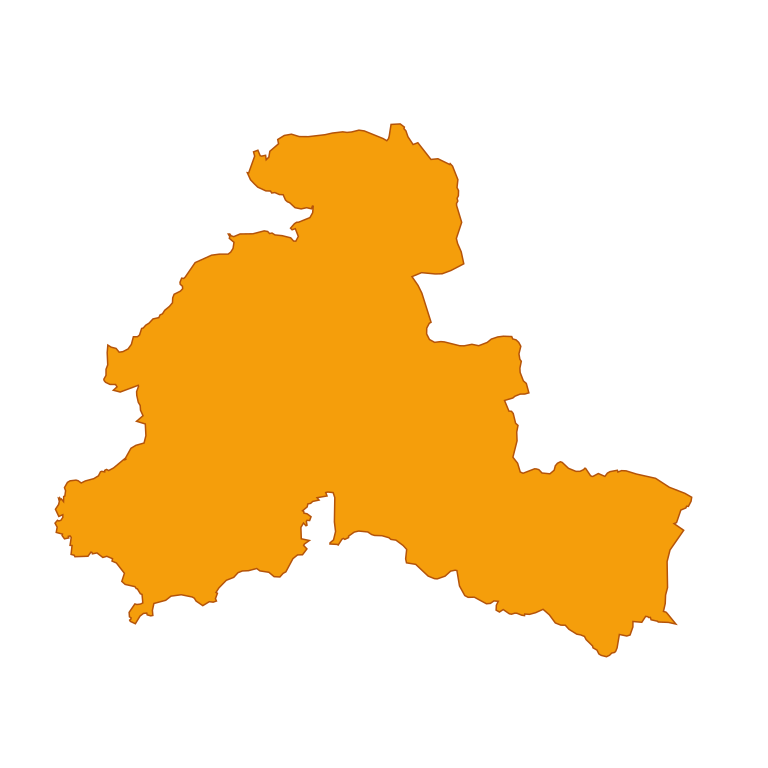 Nuseni, Bistrita-Nasaud, Romania, rotated 275°
{"feature_id": "2599482B99213724213185", "entity_name": "Nuseni", "entity_type": "district", "adm_level": 2, "iso_a3": "ROU", "parent_name": "Romania", "parent_adm1": "Bistrita-Nasaud", "projection": "orthographic", "projection_center": [24.151, 47.079], "detail": "fine", "context": "isolated", "style": "filled", "palette": "amber", "viewbox_px": 768, "rotation_deg": 275, "n_neighbors": 0, "source": "geoboundaries", "source_scale": "gbopen_adm2", "svg_char_len": 6131}
<svg xmlns="http://www.w3.org/2000/svg" viewBox="0 0 768 768"><g transform="rotate(275 384 384)"><path d="M442.4,507.1L442.0,498.8L440.8,493.2L438.1,487.0L434.4,483.2L430.4,475.0L431.2,468.1L429.0,460.5L428.7,456.1L431.2,440.4L431.2,436.9L429.9,430.8L432.3,425.4L437.6,422.1L443.4,421.7L448.4,423.8L449.6,425.5L477.8,413.8L485.2,409.3L493.4,402.5L498.2,411.7L498.1,425.5L498.9,432.4L502.9,440.8L510.7,453.0L522.4,449.4L530.3,445.1L535.3,443.4L551.8,447.3L568.0,440.8L570.2,440.5L572.7,441.6L575.3,440.6L578.0,441.7L583.1,441.4L586.1,439.6L594.0,439.8L607.0,433.3L609.3,430.7L608.4,430.3L613.1,418.1L611.8,411.2L627.3,396.7L625.1,392.1L632.4,386.3L638.2,383.7L640.1,381.6L641.7,381.9L644.5,377.5L643.2,368.4L631.5,367.6L628.8,367.1L626.6,365.6L628.4,361.8L634.4,342.3L634.7,336.9L632.2,329.6L631.4,325.2L631.6,320.9L629.5,310.7L627.2,303.5L623.8,287.1L623.1,278.0L624.8,270.0L622.9,263.0L618.3,256.8L614.1,258.0L605.9,250.0L600.0,249.5L597.1,247.1L601.5,246.1L600.3,242.1L600.7,240.7L605.9,238.0L603.9,233.8L599.7,235.3L582.5,230.8L582.6,229.4L575.8,233.2L572.0,237.5L569.1,241.1L566.1,249.4L566.3,254.1L564.5,255.5L565.2,258.6L563.6,263.3L563.8,267.0L558.7,269.8L557.1,271.9L556.4,274.2L551.9,280.0L551.2,286.2L552.9,291.6L552.2,296.4L555.0,297.2L554.9,298.0L548.4,298.0L543.3,295.7L537.7,284.7L537.5,282.9L535.9,280.8L531.1,277.3L529.6,279.0L531.0,282.1L523.5,285.8L518.6,283.7L518.5,281.5L521.5,278.3L522.9,269.6L523.0,262.4L524.6,259.3L523.9,256.9L525.8,254.8L526.1,251.3L522.2,240.3L520.9,227.5L517.7,221.5L518.3,218.8L520.0,217.3L519.8,215.8L517.4,217.5L515.6,217.2L512.1,222.2L505.9,221.8L502.0,219.8L499.8,217.4L499.0,208.6L497.3,201.0L488.5,185.3L473.1,176.6L471.7,175.3L471.8,173.2L467.6,171.9L465.6,172.3L463.8,174.7L461.3,175.1L458.7,173.0L455.1,167.1L451.4,166.0L446.5,166.2L442.6,163.5L438.3,159.1L434.6,157.2L433.3,154.9L430.5,153.9L428.7,148.2L424.1,144.6L421.8,141.5L418.8,139.3L418.2,137.7L411.5,136.2L409.6,134.3L409.2,130.2L401.5,128.9L396.6,126.0L393.5,121.1L392.6,117.4L396.1,114.0L396.9,109.0L398.7,105.5L391.2,105.5L379.0,107.1L374.5,105.8L368.3,106.3L364.4,104.5L363.0,104.9L361.4,106.5L359.7,111.0L360.1,116.6L357.9,118.3L354.2,114.9L353.0,121.9L361.3,139.3L360.3,139.7L354.8,138.2L351.1,138.7L344.4,140.8L341.3,143.0L336.7,143.7L331.4,146.7L325.3,140.7L323.4,149.7L311.8,151.3L304.3,150.1L301.3,142.2L297.9,137.5L287.6,132.9L286.5,133.4L285.9,132.4L286.8,132.0L276.8,121.9L273.8,117.3L274.7,115.0L273.6,113.3L272.1,113.4L272.4,110.4L271.8,109.2L267.6,107.5L264.4,103.1L261.4,94.9L259.0,91.0L261.0,87.7L261.4,85.6L260.2,79.7L258.4,77.2L252.9,74.7L249.9,76.1L244.6,75.8L244.0,74.7L238.9,75.0L241.4,72.5L240.6,71.8L242.4,70.8L241.6,70.4L241.9,69.7L238.7,70.8L235.5,70.3L230.6,67.6L223.7,71.6L225.8,75.4L223.2,75.7L220.1,74.0L219.2,72.0L219.8,70.6L216.7,68.4L212.9,70.9L207.6,70.4L206.4,76.8L205.0,76.5L201.9,79.2L203.2,83.4L204.7,82.8L205.3,84.5L203.9,85.8L195.9,85.3L195.9,87.3L187.0,87.1L186.4,90.3L185.0,91.1L186.6,104.1L191.0,106.7L190.7,107.8L189.4,108.3L190.7,112.8L186.7,119.0L188.2,122.9L186.3,128.8L183.9,128.5L182.4,133.0L172.8,141.9L164.5,140.0L161.8,143.6L160.4,153.6L158.6,155.0L158.5,156.1L153.8,159.6L153.3,161.3L144.9,162.8L143.5,160.5L142.8,157.0L143.2,155.0L134.3,150.0L129.9,150.7L129.0,152.4L127.8,152.4L126.6,151.2L125.4,152.0L123.5,157.2L131.6,161.2L134.5,164.4L135.1,167.6L133.4,168.2L132.7,171.8L133.3,173.9L138.4,173.0L145.3,173.9L149.5,185.4L154.1,190.3L156.4,200.4L155.1,211.5L154.1,213.7L151.4,215.7L147.4,222.8L151.9,228.9L151.8,232.9L153.2,236.0L155.5,234.8L161.0,236.3L161.7,234.8L166.5,237.3L174.7,244.0L178.3,251.2L183.3,255.0L185.4,259.2L186.2,265.2L189.1,273.3L187.0,276.7L186.4,285.7L182.5,291.3L182.7,297.1L186.6,300.0L188.3,302.6L202.1,308.5L206.2,312.8L206.8,317.7L213.0,321.6L216.2,318.0L217.6,318.6L221.6,323.3L222.6,315.1L233.9,313.7L238.5,315.9L236.0,318.6L236.6,319.6L240.5,318.6L241.5,319.2L241.5,321.8L245.4,322.9L248.0,318.7L248.4,315.5L250.1,315.1L250.6,313.9L254.9,318.2L257.9,318.6L258.7,321.3L260.8,323.2L262.7,329.4L264.9,327.2L267.5,337.0L270.8,335.4L271.5,337.5L271.4,342.8L266.5,344.9L242.3,346.6L232.8,348.6L224.3,347.3L221.1,344.1L219.9,344.1L220.1,351.4L219.6,352.4L225.8,355.7L226.6,357.0L225.8,358.5L227.9,362.1L229.4,362.0L233.9,367.3L235.3,371.6L235.2,380.7L233.0,384.7L232.3,387.8L232.7,395.2L231.3,402.3L229.8,404.4L229.5,409.5L224.8,417.1L221.2,421.0L211.7,420.8L207.8,422.0L207.1,431.3L196.5,444.7L194.5,451.2L194.5,454.0L197.9,461.6L203.4,466.7L204.7,471.1L204.5,472.9L189.4,476.8L180.3,482.9L178.8,486.4L179.5,492.6L174.0,505.2L174.7,509.1L177.5,512.4L177.5,516.8L173.4,515.2L168.5,515.4L166.9,518.9L169.7,522.4L166.0,528.9L165.8,531.1L167.1,534.3L167.2,536.4L165.7,541.3L165.5,544.2L167.1,544.2L167.2,549.0L169.4,555.0L173.4,562.1L168.5,568.8L160.9,575.5L159.2,581.2L159.5,585.6L155.7,589.7L151.6,597.8L151.2,601.8L150.0,605.7L147.0,607.6L141.2,614.6L139.4,615.2L137.5,619.3L133.8,621.6L132.6,624.0L131.7,629.4L133.4,632.3L135.8,634.3L136.7,637.1L137.9,638.1L141.4,639.2L155.0,640.3L154.1,647.8L155.4,651.0L163.6,653.1L169.1,652.7L169.1,661.6L175.3,664.9L175.2,667.0L174.4,668.2L174.7,669.7L172.4,670.6L171.5,677.2L170.8,677.9L171.3,688.1L170.3,695.7L180.3,686.0L181.3,684.8L181.8,682.2L189.9,683.3L198.3,682.9L205.9,684.2L231.8,681.5L243.6,683.4L264.4,695.3L270.2,685.1L271.4,687.5L284.3,690.7L286.8,695.5L288.6,696.1L288.6,697.9L293.9,700.1L298.0,700.4L301.3,693.3L306.0,677.2L313.7,662.8L316.3,643.3L318.6,632.7L318.4,628.2L316.7,624.7L318.4,624.0L316.4,616.8L314.7,614.3L311.2,612.1L313.5,605.3L310.1,600.1L310.1,599.0L310.7,597.7L317.5,592.2L317.6,591.4L316.1,590.3L314.1,586.9L313.7,582.8L316.1,575.1L321.4,568.4L321.9,566.5L320.2,563.7L317.5,561.8L312.9,561.0L309.0,557.1L309.1,549.2L312.2,545.7L312.7,542.9L312.6,541.3L307.2,530.3L308.2,527.4L316.7,524.0L322.3,518.8L339.0,521.5L347.7,520.4L354.4,521.1L356.4,518.5L365.9,515.3L367.9,513.4L367.9,510.8L378.1,505.5L381.3,513.6L383.3,515.6L385.8,520.5L386.3,525.2L387.8,529.1L397.0,525.7L399.2,522.6L407.4,518.6L411.6,518.0L418.6,518.8L420.4,517.2L425.8,515.8L433.5,517.0L437.2,514.6L439.5,511.7L440.1,508.3L442.4,507.1Z" fill="#f59e0b" stroke="#b45309" stroke-width="1.5"/></g></svg>